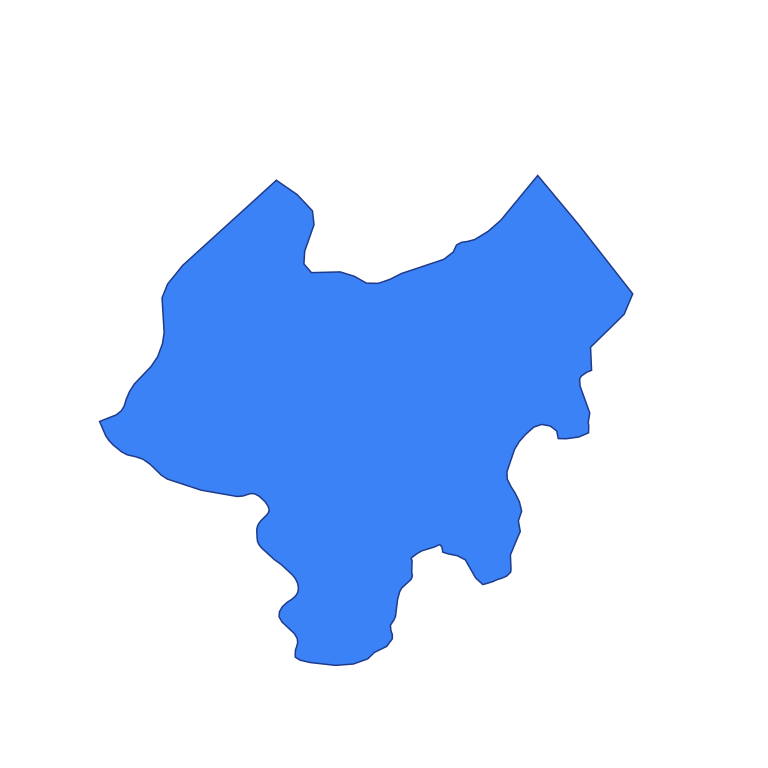 the border of Đắk Nông, rotated 52°
{"feature_id": "VNM-4835", "entity_name": "Đắk Nông", "entity_type": "Province", "adm_level": 1, "iso_a3": "VNM", "parent_name": "Vietnam", "parent_adm1": "", "projection": "albers", "projection_center": [107.792, 12.232], "detail": "fine", "context": "isolated", "style": "filled", "palette": "blue", "viewbox_px": 768, "rotation_deg": 52, "n_neighbors": 0, "source": "natural_earth", "source_scale": "10m", "svg_char_len": 2126}
<svg xmlns="http://www.w3.org/2000/svg" viewBox="0 0 768 768"><g transform="rotate(52 384 384)"><path d="M240.1,373.2L251.6,372.6L268.7,349.5L280.8,341.1L293.8,335.7L301.2,326.5L305.2,314.8L307.7,302.1L322.6,260.1L322.6,248.1L319.1,241.3L320.1,235.7L323.2,230.2L326.0,223.6L327.8,208.0L326.9,191.3L314.3,134.5L377.4,132.5L466.1,132.5L476.9,151.8L482.2,198.6L501.0,212.0L499.6,216.7L499.2,223.4L500.3,226.6L506.4,230.8L533.5,239.7L540.0,246.7L542.9,248.3L548.4,252.9L545.7,263.1L539.4,274.0L534.3,280.3L527.3,276.8L519.4,278.9L512.9,284.7L510.2,292.5L510.9,303.6L512.7,313.0L515.9,321.4L528.9,341.2L534.8,345.4L542.9,347.1L550.6,347.8L560.4,349.9L568.9,353.8L574.6,362.4L584.1,367.4L587.5,373.7L596.5,389.6L608.2,398.0L610.3,400.1L610.9,405.5L609.6,410.6L607.8,415.3L606.8,419.6L604.7,425.3L602.9,429.6L593.3,431.2L572.6,428.2L564.4,432.0L557.9,437.6L552.7,441.2L548.3,438.8L544.9,438.8L543.4,444.8L538.9,456.5L538.0,461.8L537.9,468.8L538.3,470.2L540.3,470.5L544.9,474.3L549.5,478.1L552.7,479.8L554.6,482.7L555.7,495.7L557.3,499.5L562.1,505.9L574.2,518.0L576.2,521.8L578.0,527.4L582.1,530.1L586.7,531.8L589.9,534.3L592.4,543.4L589.6,557.0L590.6,566.0L585.8,580.5L575.9,595.4L558.0,613.7L550.0,620.1L544.7,622.1L542.1,620.2L539.0,617.4L537.1,614.4L534.6,611.2L531.0,609.0L525.4,608.3L508.7,610.9L502.8,610.0L499.1,606.6L496.9,601.2L496.4,594.7L496.9,589.0L496.6,584.1L495.0,580.0L491.9,576.9L487.6,574.7L482.4,573.6L477.3,573.8L462.7,576.2L455.0,578.5L437.8,581.4L434.2,581.5L430.6,580.8L427.2,578.8L420.9,574.3L419.3,572.7L417.8,570.6L416.6,567.9L415.9,564.8L415.0,557.1L414.3,554.5L412.6,552.0L408.9,550.6L403.8,550.1L395.5,551.5L391.0,553.5L388.2,556.5L385.4,564.1L382.3,568.9L355.2,593.4L325.7,613.2L318.8,615.6L303.3,617.7L294.8,620.3L288.5,624.4L281.8,629.9L276.1,632.5L265.2,635.0L259.0,635.5L253.7,635.2L238.4,631.2L243.5,613.9L243.4,607.7L241.6,602.6L237.3,596.5L233.3,589.2L230.2,580.4L226.8,556.8L223.1,545.5L215.9,533.8L208.0,525.5L179.5,505.9L172.0,492.9L166.6,469.7L157.6,348.9L157.1,343.4L181.4,335.8L203.6,333.8L215.4,341.1L230.5,364.7L240.1,373.2Z" fill="#3b82f6" stroke="#1e3a8a" stroke-width="1.5"/></g></svg>